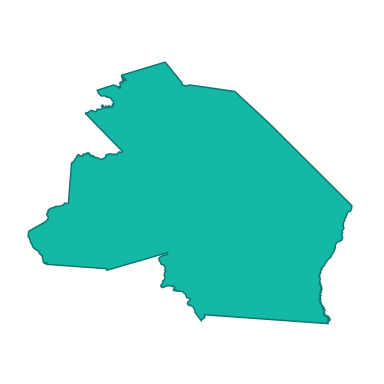 Mitú, Vaupés, Colombia (Mercator projection), rotated 94°
{"feature_id": "7082276B74847859536954", "entity_name": "Mitú", "entity_type": "district", "adm_level": 2, "iso_a3": "COL", "parent_name": "Colombia", "parent_adm1": "Vaupés", "projection": "mercator", "projection_center": [-70.077, 0.972], "detail": "fine", "context": "isolated", "style": "filled", "palette": "teal", "viewbox_px": 384, "rotation_deg": 94, "n_neighbors": 0, "source": "geoboundaries", "source_scale": "gbopen_adm2", "svg_char_len": 5942}
<svg xmlns="http://www.w3.org/2000/svg" viewBox="0 0 384 384"><g transform="rotate(94 192 192)"><path d="M274.3,331.7L274.4,272.1L276.0,271.5L254.2,212.4L255.3,211.8L255.9,212.2L256.6,213.4L256.6,214.1L257.7,217.2L259.3,219.6L260.7,220.4L262.6,220.0L264.1,218.8L265.9,217.9L266.5,217.0L266.4,215.3L267.6,214.8L268.3,213.6L270.9,213.3L271.6,213.7L273.0,212.6L274.6,213.8L275.7,213.6L276.8,214.0L279.4,213.0L280.2,212.9L281.3,213.4L282.7,215.0L283.7,214.5L284.6,214.7L286.9,216.3L287.8,216.6L288.3,216.4L289.3,215.3L289.4,214.6L288.9,214.2L288.9,213.3L287.8,212.0L288.0,211.6L287.2,210.2L287.4,209.4L286.9,208.3L287.2,207.4L286.8,206.7L287.0,206.0L287.6,205.5L287.3,204.0L287.6,204.0L287.8,203.1L288.3,203.0L288.5,202.5L288.9,202.3L289.2,202.9L291.0,203.9L291.3,203.7L291.5,202.9L291.1,202.3L291.7,201.8L291.4,200.7L291.9,200.0L291.5,199.7L291.8,199.1L291.5,198.5L291.9,197.6L292.0,194.1L293.2,193.3L293.5,192.4L294.3,191.5L297.3,190.1L298.1,188.7L298.5,186.7L298.9,186.2L300.1,186.5L302.3,188.7L303.9,188.8L305.5,186.6L305.3,185.0L306.8,182.6L310.3,180.7L311.8,180.6L319.7,173.8L318.6,173.3L316.4,170.7L315.0,170.7L313.6,171.2L313.8,46.5L313.4,47.3L313.0,47.1L312.5,47.7L312.1,47.6L311.6,46.8L311.2,47.4L310.5,45.9L310.0,46.5L310.1,45.9L309.7,45.4L308.3,45.9L308.1,46.2L308.1,47.0L307.6,47.0L308.0,47.5L306.6,47.5L306.6,48.1L307.3,47.9L306.9,48.4L306.9,49.0L306.4,49.1L306.8,49.3L306.4,50.8L305.8,50.4L305.5,50.7L305.7,50.9L305.4,51.4L304.9,51.3L304.6,51.8L304.4,51.4L304.1,51.6L303.9,51.4L303.7,51.8L303.1,52.0L302.7,51.9L302.4,51.4L301.7,51.7L300.8,51.2L300.5,51.8L300.0,51.7L300.0,52.3L299.6,52.1L299.7,52.8L299.4,52.5L299.0,52.9L298.7,52.7L298.8,53.1L297.9,53.7L297.8,53.3L297.3,54.1L296.7,54.0L296.8,53.5L296.4,53.5L296.3,54.1L295.7,54.1L296.1,54.3L296.1,54.6L295.6,54.7L295.2,55.3L294.6,55.1L294.1,55.7L293.8,55.6L293.9,56.0L293.5,56.0L293.5,56.3L292.9,56.2L292.3,56.5L291.7,56.2L291.2,56.8L291.1,56.3L290.0,56.2L289.4,56.4L289.3,56.8L289.1,56.3L288.0,56.9L286.6,56.3L286.7,56.8L286.1,56.9L285.9,56.7L285.3,57.3L285.0,57.1L285.0,57.5L284.8,57.6L284.4,57.5L284.3,57.1L283.8,57.2L283.5,56.4L283.1,56.5L283.0,56.2L281.3,56.1L281.1,56.5L280.5,56.0L280.6,56.6L280.1,56.2L279.6,56.6L279.3,56.3L278.9,56.5L279.1,56.1L278.9,55.9L278.3,56.6L277.3,56.0L276.2,56.9L275.8,56.8L275.6,57.4L275.1,57.5L275.2,57.8L274.5,58.5L274.2,58.5L274.3,58.1L273.6,58.1L273.5,57.8L271.4,58.5L270.5,58.0L268.7,58.3L267.7,59.4L266.9,58.8L266.2,59.0L266.2,58.8L265.6,58.8L265.3,58.6L264.9,58.9L263.3,57.8L262.5,58.3L261.8,58.0L261.4,58.2L259.9,56.9L259.5,57.6L259.1,57.2L258.2,57.4L258.0,56.8L257.6,56.7L257.4,55.9L256.0,54.7L255.4,54.8L253.0,53.7L252.5,53.0L251.2,52.5L248.4,50.3L247.4,48.9L245.6,48.7L244.4,47.8L241.4,46.3L238.6,45.4L235.3,45.2L233.0,44.4L231.7,43.4L230.1,39.7L228.5,38.9L226.6,38.6L225.6,39.3L223.6,39.6L222.4,39.4L221.8,38.9L220.9,39.5L219.8,39.6L219.2,39.2L218.8,38.3L217.9,38.0L217.2,38.0L215.4,38.8L213.5,38.6L212.0,38.8L209.5,37.7L207.4,37.9L207.1,37.7L206.9,36.9L200.6,34.9L200.3,33.2L200.0,32.6L197.8,31.7L194.5,31.6L118.2,119.7L88.7,156.4L85.4,201.6L85.5,202.8L86.5,204.8L86.6,205.5L85.9,208.9L85.5,209.5L83.7,209.8L64.3,227.8L80.4,270.3L81.9,270.1L81.4,269.5L81.9,268.8L82.4,269.2L83.0,268.9L83.1,267.9L83.6,268.0L84.0,268.7L84.7,268.3L84.7,268.0L84.0,267.4L84.0,266.7L85.0,265.5L85.1,265.8L84.6,266.6L85.0,267.0L85.9,267.2L85.7,268.1L86.0,268.5L85.5,269.0L86.5,268.8L86.5,269.2L86.9,269.3L87.7,268.7L87.7,269.9L87.3,270.8L87.7,271.4L88.9,271.5L90.7,270.7L91.6,270.5L92.3,270.7L92.8,270.3L92.8,271.1L92.5,271.6L93.0,272.0L92.2,271.9L92.7,273.0L92.5,273.3L91.9,273.0L92.1,274.1L91.8,274.4L91.9,275.2L91.0,276.1L90.7,277.6L97.1,293.6L99.3,292.6L102.4,289.4L102.6,287.8L102.1,286.9L102.2,285.6L103.4,283.2L103.4,281.8L104.0,279.5L105.4,278.8L107.1,276.9L107.6,276.9L108.2,276.3L109.1,276.4L109.8,277.1L109.9,276.6L110.7,276.5L110.4,277.0L110.7,277.2L111.5,276.6L111.9,276.6L113.0,277.9L112.4,278.4L112.9,278.6L113.2,279.4L113.6,279.6L113.1,279.9L113.0,280.5L112.7,280.3L112.4,280.7L111.9,280.4L112.0,280.9L112.6,281.1L113.0,280.9L113.8,281.9L113.3,282.1L113.0,282.8L112.8,282.3L112.5,282.2L112.6,283.0L113.1,283.1L113.2,283.8L112.5,283.8L112.4,284.1L113.4,284.3L113.6,284.0L114.2,284.8L114.1,285.4L112.4,286.3L111.5,287.3L112.4,288.2L112.6,287.3L113.9,287.6L114.8,287.1L115.5,287.7L116.2,289.8L115.9,292.2L116.5,292.6L117.4,292.7L117.9,293.2L118.8,293.6L117.5,298.2L119.0,300.3L120.3,301.0L121.5,302.4L121.5,302.9L120.5,302.4L120.8,302.9L120.5,303.6L121.1,303.7L156.5,264.1L157.6,265.4L157.6,266.2L157.1,266.8L157.1,267.6L158.0,268.4L159.5,269.0L159.8,269.4L159.4,270.5L159.9,271.7L160.1,273.2L159.7,274.2L159.7,276.6L160.9,280.3L163.8,281.0L164.6,282.7L165.3,283.4L165.6,284.6L165.5,286.4L164.2,288.8L164.5,289.6L164.3,290.2L164.6,291.0L163.2,292.5L162.7,293.6L162.7,294.4L163.3,294.4L163.0,294.7L163.2,295.4L162.6,295.4L162.6,295.7L162.1,295.8L161.4,296.9L160.7,297.1L160.9,297.8L160.6,297.9L161.0,298.2L160.6,298.8L161.0,298.7L160.9,299.2L161.4,299.9L161.0,300.5L161.4,300.7L161.9,301.9L162.3,302.3L161.8,302.8L162.4,303.5L163.3,303.6L163.8,304.3L163.7,306.7L163.2,306.8L162.7,307.3L162.7,308.2L163.1,308.6L164.0,308.7L164.8,309.8L166.3,309.9L167.5,311.2L168.9,311.0L169.5,312.3L170.5,312.6L170.8,313.3L171.5,313.5L171.5,314.2L211.9,314.5L212.3,316.4L211.9,317.2L211.9,318.2L212.2,318.7L213.5,318.9L214.2,319.6L214.2,320.4L214.9,321.4L215.4,323.0L215.9,327.0L216.9,328.3L218.0,331.5L219.2,333.2L220.5,334.3L222.6,334.4L224.1,335.4L224.8,335.4L225.3,334.5L226.2,334.3L227.1,333.6L228.6,333.7L230.4,334.8L232.5,337.0L242.2,351.6L242.9,352.0L244.1,352.2L244.4,352.4L245.7,352.2L247.8,352.4L251.1,350.0L253.3,349.7L255.3,348.0L257.8,347.0L258.8,346.1L259.4,344.9L260.3,344.1L260.9,342.1L262.4,340.7L264.0,339.8L265.2,338.4L265.9,337.0L266.5,336.8L268.2,336.7L269.0,336.0L270.6,335.9L271.1,335.4L272.6,335.5L273.2,334.3L273.8,333.7L272.8,332.8L272.7,332.0L273.3,331.7L274.3,331.7Z" fill="#14b8a6" stroke="#0f766e" stroke-width="1.5"/></g></svg>